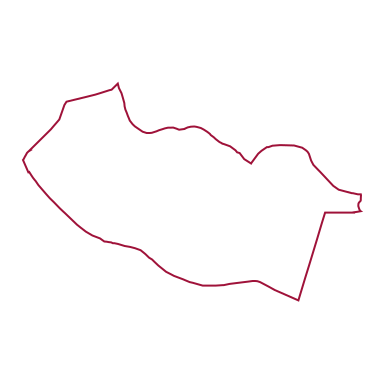 Lower Fuladu West, Central River, Gambia (Robinson projection)
{"feature_id": "56634734B90495316975710", "entity_name": "Lower Fuladu West", "entity_type": "district", "adm_level": 2, "iso_a3": "GMB", "parent_name": "Gambia", "parent_adm1": "Central River", "projection": "robinson", "projection_center": [-14.908, 13.525], "detail": "fine", "context": "isolated", "style": "outline", "palette": "rose", "viewbox_px": 384, "rotation_deg": 0, "n_neighbors": 0, "source": "geoboundaries", "source_scale": "gbopen_adm2", "svg_char_len": 2605}
<svg xmlns="http://www.w3.org/2000/svg" viewBox="0 0 384 384"><path d="M308.9,153.8L307.5,151.7L305.8,150.2L302.2,147.7L294.1,145.5L287.5,145.3L280.2,145.1L272.5,145.7L268.5,147.1L266.9,147.1L261.5,150.8L258.2,153.7L251.5,162.8L251.1,163.5L244.2,159.1L239.6,153.0L238.4,152.7L237.1,152.3L235.5,150.3L230.1,146.3L223.4,143.9L222.3,143.7L221.8,143.2L219.8,142.2L219.3,141.9L215.7,139.1L213.7,137.2L210.8,135.1L209.8,133.8L208.0,132.4L207.2,131.8L203.8,129.6L200.8,128.0L196.7,126.9L195.0,126.6L194.3,126.5L190.9,126.7L187.7,127.4L184.8,128.7L184.3,128.9L184.3,129.0L183.5,129.1L179.2,129.7L178.8,129.6L176.6,128.7L173.3,127.6L167.8,127.7L167.4,127.8L164.8,128.4L162.4,129.2L159.1,130.2L156.5,131.3L151.8,132.8L149.8,133.0L148.6,133.0L146.7,133.0L145.7,132.7L142.6,131.7L134.9,126.4L132.6,124.2L129.8,120.6L128.8,118.1L127.9,116.0L126.7,112.7L125.4,109.6L124.6,106.3L124.3,103.0L123.0,98.3L122.1,95.2L121.5,93.2L119.9,90.0L118.9,88.0L117.8,83.6L111.6,89.7L109.4,90.2L100.6,93.0L95.4,94.6L85.0,97.2L68.9,101.1L66.5,101.7L64.4,105.0L63.0,109.0L59.3,119.5L58.1,120.9L53.7,126.0L50.9,129.3L49.1,131.1L48.9,131.3L39.5,140.6L38.7,141.4L29.2,150.8L29.5,150.8L28.4,151.5L27.0,152.9L25.4,155.9L25.2,156.1L23.9,158.6L23.4,159.5L23.1,159.9L23.0,160.0L28.4,172.4L29.2,172.2L29.3,172.1L31.4,175.4L33.0,177.8L34.8,180.1L35.6,181.0L36.7,182.6L38.4,185.1L45.9,193.8L49.8,198.2L53.9,202.2L59.8,208.3L63.6,211.9L64.4,212.6L77.0,224.7L80.9,227.8L85.8,231.6L92.4,235.5L100.0,238.4L104.3,241.5L106.6,241.7L108.7,242.1L111.2,242.4L112.8,243.2L114.4,243.2L117.7,243.9L117.8,243.9L124.7,246.0L130.0,246.9L135.0,248.2L140.6,250.2L143.6,252.6L145.3,254.0L149.1,257.7L152.1,259.5L154.3,261.7L158.3,265.5L166.1,271.8L170.6,274.1L174.0,275.9L183.3,279.4L184.9,280.1L189.7,282.1L192.8,282.8L194.2,283.2L202.7,285.6L204.9,285.6L215.7,285.6L223.4,285.1L223.9,285.1L229.6,283.9L248.2,281.6L252.6,281.0L254.0,281.0L255.2,281.0L257.4,281.2L260.1,282.1L268.8,286.7L274.7,290.0L298.4,300.4L305.1,278.2L309.2,265.0L316.9,239.7L321.7,223.6L325.1,212.6L353.8,212.6L353.7,212.3L357.3,211.8L360.7,211.2L360.3,210.9L360.0,210.6L359.8,210.2L359.2,208.9L358.8,207.7L358.5,206.7L358.3,206.1L358.4,204.0L358.5,203.5L358.8,203.0L358.9,202.8L358.9,202.7L359.0,202.6L359.2,202.3L359.4,202.1L359.7,201.8L360.2,201.3L360.3,201.2L360.5,201.0L360.8,200.1L360.8,199.7L360.8,199.4L360.8,198.5L360.9,196.4L361.0,195.4L360.8,194.3L357.8,194.3L354.2,193.5L352.9,193.2L351.9,193.2L338.7,189.7L334.6,186.8L333.3,185.9L323.0,174.9L319.8,171.5L318.5,170.2L318.4,170.1L313.4,164.9L311.7,161.7L311.1,160.5L308.9,153.8Z" fill="none" stroke="#9f1239" stroke-width="2"/></svg>